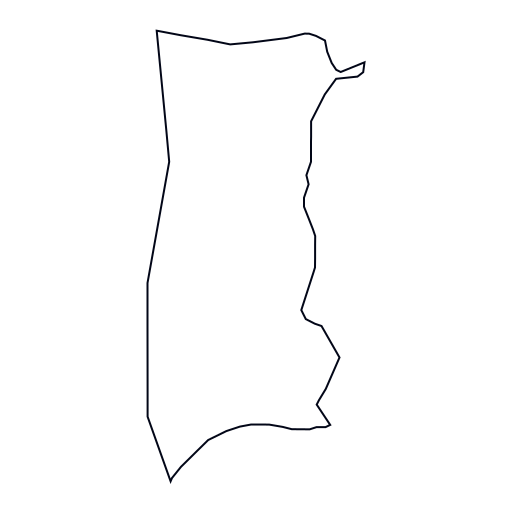 El Mahalla El Kobra 1, Al Gharbiyah, Egypt
{"feature_id": "37247803B33449651537702", "entity_name": "El Mahalla El Kobra 1", "entity_type": "district", "adm_level": 2, "iso_a3": "EGY", "parent_name": "Egypt", "parent_adm1": "Al Gharbiyah", "projection": "orthographic", "projection_center": [31.176, 30.972], "detail": "fine", "context": "isolated", "style": "outline", "palette": "ink", "viewbox_px": 512, "rotation_deg": 0, "n_neighbors": 0, "source": "geoboundaries", "source_scale": "gbopen_adm2", "svg_char_len": 979}
<svg xmlns="http://www.w3.org/2000/svg" viewBox="0 0 512 512"><path d="M156.7,30.7L166.4,131.2L169.2,161.8L155.9,236.2L147.5,283.0L147.5,324.5L147.6,394.5L147.6,416.7L170.6,481.3L172.0,478.0L181.0,466.8L187.8,460.1L196.9,451.1L208.2,440.0L226.3,431.1L230.2,429.8L239.9,426.6L251.2,424.5L260.2,424.5L269.2,424.6L282.7,426.9L291.8,429.2L305.3,429.3L309.8,429.3L316.6,427.1L325.6,427.1L330.2,424.9L316.7,404.6L319.0,400.1L325.8,388.9L339.5,357.5L321.5,326.0L314.8,323.7L305.8,319.1L301.3,310.1L313.6,272.0L315.0,267.5L315.1,258.5L315.1,245.0L315.2,236.0L312.9,229.2L308.5,218.0L304.0,206.7L304.0,197.7L308.6,184.3L306.4,175.2L311.0,161.8L311.0,141.6L311.1,136.8L311.1,121.3L324.8,94.4L336.1,78.8L357.5,76.6L363.2,72.2L364.5,62.3L340.7,72.0L336.2,69.8L331.7,63.0L327.2,51.7L325.0,40.5L320.5,38.2L316.0,35.9L309.2,33.7L304.7,33.6L295.7,35.8L286.7,38.0L252.8,42.3L230.2,44.4L218.9,42.1L207.7,39.8L180.6,35.2L157.3,30.8L156.7,30.7Z" fill="none" stroke="#020617" stroke-width="2"/></svg>